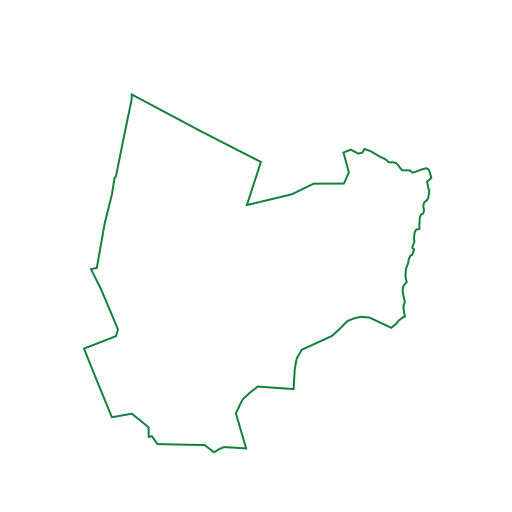 Rockingham, New Hampshire, United States of America (orthographic projection), rotated 347°
{"feature_id": "52423323B53018851624800", "entity_name": "Rockingham", "entity_type": "district", "adm_level": 2, "iso_a3": "USA", "parent_name": "United States of America", "parent_adm1": "New Hampshire", "projection": "orthographic", "projection_center": [-70.949, 43.006], "detail": "fine", "context": "isolated", "style": "outline", "palette": "green", "viewbox_px": 512, "rotation_deg": 347, "n_neighbors": 0, "source": "geoboundaries", "source_scale": "gbopen_adm2", "svg_char_len": 1872}
<svg xmlns="http://www.w3.org/2000/svg" viewBox="0 0 512 512"><g transform="rotate(347 256 256)"><path d="M385.8,176.1L383.0,179.1L378.8,179.3L372.3,173.7L364.5,174.9L365.3,195.4L358.0,205.2L328.5,198.5L304.9,203.9L289.0,204.1L258.6,204.3L281.9,165.5L231.1,122.7L228.2,120.2L171.3,70.7L169.8,76.1L154.3,109.7L137.5,146.8L135.6,148.3L129.6,163.3L116.1,189.8L98.2,231.8L92.3,231.7L97.5,253.6L97.6,253.8L105.0,296.5L101.5,302.6L67.6,307.5L71.9,335.4L79.3,380.7L99.5,381.7L112.8,398.7L110.8,408.1L114.1,408.2L117.6,417.1L151.3,425.6L163.5,428.7L170.9,437.8L177.0,435.8L181.8,435.0L189.7,437.3L189.8,437.3L203.1,441.3L201.0,404.7L203.0,402.3L207.0,397.2L210.4,393.2L211.1,392.6L211.4,392.3L219.5,387.7L228.2,383.6L236.7,386.2L262.7,394.1L268.1,375.6L271.2,368.1L272.8,364.8L279.4,357.7L292.8,354.9L295.5,354.4L312.1,350.9L320.9,346.0L329.7,340.4L330.1,340.2L331.7,339.7L338.2,338.8L338.4,338.8L344.3,338.8L352.7,341.5L371.7,356.4L377.3,353.6L380.7,350.9L385.2,348.9L387.5,348.6L387.6,343.4L388.2,339.0L389.1,336.5L389.4,336.3L390.6,334.7L390.8,324.7L391.1,322.9L391.8,320.7L393.1,318.1L397.1,315.1L396.8,312.7L397.2,308.8L399.2,302.0L400.8,300.0L402.9,296.8L403.6,294.5L404.2,293.6L406.0,291.0L406.7,290.3L408.4,290.0L410.4,287.2L411.4,285.1L410.3,283.7L410.3,282.5L411.0,281.5L413.6,277.5L413.9,274.2L415.5,269.7L416.6,267.8L417.9,266.5L418.7,266.2L419.9,266.5L421.3,266.2L421.7,265.6L421.8,263.6L424.4,255.0L426.1,252.8L428.6,252.1L429.1,251.3L430.0,248.8L430.2,245.0L431.1,243.0L432.1,241.5L434.7,240.3L436.9,238.2L439.5,231.5L439.2,228.6L439.5,221.9L444.4,219.4L444.4,219.2L443.9,211.5L443.3,210.1L441.8,208.8L436.1,209.0L429.4,210.0L427.3,209.9L427.2,209.9L425.2,207.2L419.8,205.9L417.9,205.4L417.3,204.8L414.6,198.9L412.9,196.7L412.1,196.1L406.5,194.5L404.6,191.9L404.0,191.0L399.0,187.0L391.5,179.9L385.8,176.1Z" fill="none" stroke="#15803d" stroke-width="2"/></g></svg>